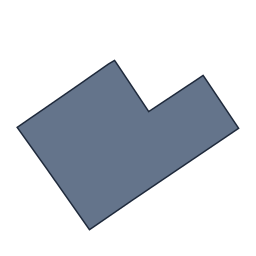 the district of Gaiman, Chubut, Argentina, rotated 147°
{"feature_id": "61730980B48415799275237", "entity_name": "Gaiman", "entity_type": "district", "adm_level": 2, "iso_a3": "ARG", "parent_name": "Argentina", "parent_adm1": "Chubut", "projection": "equal_earth", "projection_center": [-66.074, -43.318], "detail": "fine", "context": "isolated", "style": "filled", "palette": "slate", "viewbox_px": 256, "rotation_deg": 147, "n_neighbors": 0, "source": "geoboundaries", "source_scale": "gbopen_adm2", "svg_char_len": 440}
<svg xmlns="http://www.w3.org/2000/svg" viewBox="0 0 256 256"><g transform="rotate(147 128 128)"><path d="M220.6,188.9L218.3,137.0L218.2,132.8L218.1,131.4L217.9,124.3L217.7,120.8L217.5,114.2L215.7,63.7L163.9,65.1L35.4,67.5L36.3,129.0L36.4,131.2L40.9,131.1L101.7,130.5L102.2,175.0L102.3,184.1L102.4,190.0L102.5,192.0L109.5,192.3L147.5,191.0L199.5,189.5L204.5,189.4L220.6,188.9Z" fill="#64748b" stroke="#1e293b" stroke-width="1.5"/></g></svg>